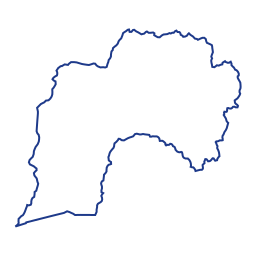 outline of Kuala Kangsar, Perak, Malaysia
{"feature_id": "92858781B74262532069256", "entity_name": "Kuala Kangsar", "entity_type": "district", "adm_level": 2, "iso_a3": "MYS", "parent_name": "Malaysia", "parent_adm1": "Perak", "projection": "robinson", "projection_center": [101.145, 4.799], "detail": "fine", "context": "isolated", "style": "outline", "palette": "blue", "viewbox_px": 256, "rotation_deg": 0, "n_neighbors": 0, "source": "geoboundaries", "source_scale": "gbopen_adm2", "svg_char_len": 5293}
<svg xmlns="http://www.w3.org/2000/svg" viewBox="0 0 256 256"><path d="M58.4,67.8L56.5,70.6L57.2,72.2L57.3,74.0L56.9,75.5L55.2,76.4L53.5,77.7L52.5,79.2L53.7,80.5L55.5,81.4L55.7,84.2L55.0,85.5L53.7,87.6L52.3,89.2L52.3,90.4L52.4,92.0L52.3,94.4L51.6,96.6L50.3,98.6L48.5,100.3L45.9,100.6L44.3,102.3L40.9,104.0L37.1,107.8L37.9,111.5L37.9,113.4L37.7,116.0L37.4,119.7L36.6,131.2L37.4,133.4L38.6,134.7L39.2,137.2L39.1,139.3L38.8,141.5L37.7,144.2L35.6,147.0L34.6,149.3L33.9,151.2L33.7,154.0L32.7,156.9L31.3,158.2L29.6,160.0L28.9,162.3L29.9,164.4L32.4,165.6L33.8,166.3L35.3,167.6L36.5,168.5L36.6,170.2L35.0,171.7L33.9,173.1L34.4,175.5L36.7,178.4L37.5,181.9L38.2,183.7L37.8,185.4L36.8,188.7L36.3,190.7L34.6,192.0L34.6,193.9L34.2,196.9L32.6,197.9L31.7,199.4L31.3,201.4L31.3,203.3L30.8,204.7L28.8,205.4L27.2,205.0L26.9,206.4L26.1,208.3L25.4,210.3L24.6,212.3L23.7,214.0L22.9,215.2L21.2,216.2L20.0,217.5L18.6,218.9L18.5,221.4L18.7,223.1L17.7,224.6L15.4,226.5L25.9,223.2L26.2,222.4L52.2,215.8L64.0,212.9L67.1,211.3L69.6,212.1L71.0,212.8L73.1,213.7L75.0,215.0L80.4,214.9L95.2,215.0L95.8,213.7L96.1,213.0L96.6,211.9L96.6,209.7L97.1,207.0L97.1,205.3L97.9,203.8L99.3,202.9L100.6,202.2L101.8,201.0L102.2,199.4L102.0,197.6L101.3,195.9L102.1,194.4L102.6,193.8L103.2,193.1L101.5,192.2L101.4,190.5L102.0,188.2L101.9,186.2L101.4,184.9L101.1,183.6L101.4,182.3L102.1,181.2L103.4,180.5L103.9,176.3L104.0,174.7L105.5,173.1L106.5,171.5L106.5,170.0L106.7,167.7L107.5,166.0L108.6,164.8L110.1,164.4L111.1,164.0L111.0,162.0L110.0,161.4L108.8,160.4L108.6,158.7L108.4,157.1L109.1,155.4L109.4,154.0L110.0,152.3L111.1,150.7L112.4,149.1L113.5,147.9L114.1,146.3L114.2,145.0L114.5,143.4L116.4,141.8L117.1,141.0L118.0,140.0L118.6,138.8L119.9,138.9L121.7,140.2L124.0,140.4L125.4,139.6L126.8,138.8L128.1,138.1L129.9,137.4L131.0,137.1L132.1,136.7L133.2,136.3L135.0,134.1L136.8,133.7L140.0,134.5L141.2,134.4L143.0,134.0L145.1,134.4L147.8,134.7L149.3,134.9L150.1,136.7L151.3,136.7L152.4,136.3L154.7,136.4L156.8,136.4L158.3,137.2L159.3,138.5L159.8,140.9L161.8,140.8L162.4,140.8L163.3,141.3L164.1,142.0L164.8,142.6L165.5,143.5L165.4,144.6L166.1,145.4L167.5,144.8L168.4,144.9L169.3,144.7L170.2,143.8L171.6,144.1L172.5,145.1L173.0,146.2L173.8,146.5L174.6,147.0L175.3,148.6L175.5,149.7L176.5,150.8L177.0,151.4L178.4,152.1L179.9,152.3L181.1,151.9L182.0,152.3L182.4,153.8L182.7,155.8L183.3,157.2L184.2,158.0L185.5,158.5L186.8,158.5L187.8,158.5L188.3,159.1L189.0,159.6L189.7,160.6L190.5,162.2L190.9,163.9L191.0,166.0L190.7,166.8L192.1,167.3L193.2,167.3L193.9,167.9L195.1,169.6L195.5,171.0L200.1,169.8L201.9,169.8L202.9,168.7L202.9,167.1L202.7,166.2L202.6,165.0L203.1,164.4L203.8,163.8L204.5,163.2L204.4,162.5L204.3,161.6L204.8,160.5L205.3,159.1L206.0,159.1L206.6,159.3L207.1,159.9L208.1,161.3L209.2,161.2L209.8,161.1L210.4,160.7L211.0,160.2L211.9,159.1L212.6,158.3L213.6,158.4L214.5,159.8L215.2,160.7L216.2,160.4L217.1,160.2L217.4,158.8L218.4,157.3L219.5,156.1L219.3,155.4L219.3,154.6L219.0,152.5L218.7,151.5L217.9,149.4L217.3,148.6L217.2,147.6L217.5,146.1L216.9,145.1L216.6,144.3L216.2,143.2L215.7,142.1L216.3,141.4L217.7,141.3L218.7,141.0L219.6,140.4L220.5,140.4L221.9,140.4L222.7,140.2L222.7,138.8L222.4,137.6L222.5,136.5L222.7,135.6L223.5,134.6L224.0,133.2L224.6,131.8L225.7,130.3L226.7,128.3L228.2,122.9L227.5,122.3L226.5,120.9L226.1,119.2L225.7,118.2L223.7,115.0L224.3,114.1L224.0,112.7L224.4,111.7L226.0,111.9L226.7,111.7L227.1,110.8L227.1,109.3L227.3,108.2L228.2,108.0L229.2,108.4L230.9,108.6L232.0,108.0L233.0,106.8L234.4,106.7L235.6,107.3L237.5,107.3L238.0,105.9L237.2,104.8L236.1,104.1L235.1,103.0L234.9,102.2L234.7,100.4L236.0,99.4L236.3,99.3L237.6,98.2L239.0,96.2L239.6,95.2L240.2,93.7L239.5,92.1L239.6,90.3L240.4,88.6L240.6,87.0L240.5,84.7L240.3,82.6L239.4,80.9L238.4,79.2L237.7,77.7L237.7,76.3L238.7,75.5L238.8,73.8L238.2,72.3L237.8,71.6L236.5,70.2L235.1,69.7L234.6,68.7L233.7,67.3L233.0,66.8L231.5,65.2L231.5,63.6L230.7,61.7L230.3,61.9L229.2,62.7L227.8,62.8L225.5,61.9L225.0,61.2L222.6,62.7L222.3,64.4L220.5,64.8L218.8,65.6L216.8,65.3L215.8,66.2L214.4,67.2L212.3,66.9L211.9,64.5L211.5,62.9L211.2,60.8L211.5,59.6L212.1,58.4L211.3,56.7L211.7,55.3L212.9,52.2L212.6,50.0L212.3,48.1L212.2,46.8L211.9,45.2L210.5,44.4L209.6,44.0L208.3,43.4L206.9,42.8L206.2,41.1L205.8,39.1L204.3,37.8L202.5,37.8L200.9,38.4L197.9,39.8L197.0,39.0L194.9,38.6L193.0,36.5L190.5,34.9L188.9,33.3L188.1,34.0L186.8,35.8L185.0,36.6L183.2,36.8L182.6,35.8L180.7,34.8L180.4,33.3L179.5,32.1L177.5,32.0L176.4,30.6L175.2,31.1L173.7,32.8L172.3,32.7L170.8,33.5L169.5,33.1L167.3,34.1L165.5,34.3L163.5,34.5L161.9,35.4L159.7,37.3L157.7,37.2L155.9,36.2L154.2,35.2L154.4,33.3L153.1,32.5L150.4,32.8L148.7,32.8L146.9,31.5L145.8,32.0L144.2,33.6L141.4,34.3L138.3,32.4L136.2,31.4L134.2,29.8L133.0,30.0L131.4,31.9L129.6,31.9L129.0,29.5L127.7,29.8L126.1,31.1L124.5,32.1L123.1,33.1L122.4,35.4L121.2,38.4L119.7,39.8L118.6,41.3L117.8,43.6L116.3,45.4L114.8,46.5L113.0,48.1L112.7,50.1L111.5,51.4L111.0,54.3L110.9,56.6L110.1,58.3L108.7,60.0L108.3,62.0L107.5,64.0L106.7,66.9L105.2,67.5L103.3,67.2L101.7,67.3L100.4,67.4L97.9,66.4L96.5,65.4L95.2,63.7L93.5,63.5L91.5,64.2L89.0,65.0L87.0,64.8L84.3,64.4L82.0,64.0L79.6,63.3L76.6,62.4L73.8,62.1L71.1,62.1L69.0,63.7L68.0,64.9L64.7,64.4L63.0,65.4L61.9,66.1L61.2,66.0L59.9,66.7L59.3,67.3L58.4,67.8Z" fill="none" stroke="#1e3a8a" stroke-width="2"/></svg>